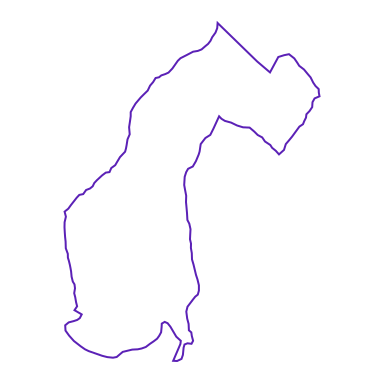 the district of Planaltina do Paraná, Paraná, Brazil
{"feature_id": "56859067B78623757786871", "entity_name": "Planaltina do Paraná", "entity_type": "district", "adm_level": 2, "iso_a3": "BRA", "parent_name": "Brazil", "parent_adm1": "Paraná", "projection": "albers", "projection_center": [-52.929, -23.09], "detail": "fine", "context": "isolated", "style": "outline", "palette": "violet", "viewbox_px": 384, "rotation_deg": 0, "n_neighbors": 0, "source": "geoboundaries", "source_scale": "gbopen_adm2", "svg_char_len": 2511}
<svg xmlns="http://www.w3.org/2000/svg" viewBox="0 0 384 384"><path d="M319.5,96.3L318.8,92.5L318.7,89.1L315.5,86.0L313.2,82.6L310.6,77.4L307.7,74.0L304.0,69.5L299.2,65.8L297.2,62.6L294.3,58.4L289.0,54.2L284.1,55.2L278.3,57.0L270.0,72.4L257.2,61.5L217.6,23.0L217.2,28.2L215.5,32.6L212.2,37.2L210.5,40.8L208.1,43.9L205.3,46.2L201.6,49.4L197.9,50.9L193.1,51.7L186.8,55.0L180.5,58.2L177.8,60.8L172.4,68.5L168.5,72.6L165.2,74.1L161.3,75.4L159.0,77.3L155.6,78.0L153.1,82.1L150.1,85.6L147.7,90.6L143.8,94.4L140.7,97.5L135.6,103.5L133.0,107.8L130.7,112.1L130.7,116.2L129.9,121.9L129.1,127.2L129.7,134.3L127.5,139.4L126.6,145.2L126.0,148.4L125.1,151.7L120.0,157.1L117.0,162.1L115.2,165.2L111.3,168.0L109.5,172.1L105.8,172.6L102.1,175.4L96.9,180.2L94.3,183.0L92.7,186.3L90.0,188.5L86.1,190.0L83.2,194.1L79.3,194.9L76.7,197.7L74.6,200.4L70.9,205.1L68.3,208.7L64.6,211.6L65.9,216.7L64.6,222.2L64.5,227.3L64.8,232.7L65.1,237.0L65.6,241.6L65.8,248.3L67.8,253.8L67.9,257.7L68.9,260.9L69.8,264.6L70.5,268.1L71.1,271.5L71.6,276.7L72.8,281.6L74.5,284.4L75.0,288.3L74.2,293.2L75.2,297.1L76.1,302.3L77.1,306.3L74.5,310.2L81.7,314.4L79.8,318.1L77.3,319.9L73.7,321.1L68.7,322.4L65.2,325.3L65.5,330.6L69.1,335.6L73.9,341.0L80.7,346.3L85.0,349.3L88.7,351.1L102.2,355.8L107.3,357.1L113.0,357.7L116.7,357.0L122.7,351.9L132.2,349.6L137.8,349.3L141.6,348.5L145.8,347.0L150.0,343.8L153.7,341.3L157.1,338.7L159.2,335.8L161.1,332.3L161.6,327.3L161.8,323.6L164.7,321.9L167.6,323.2L170.4,326.7L176.3,336.7L180.8,340.8L180.4,344.0L173.2,360.8L177.1,361.0L181.5,358.9L182.9,354.9L183.6,347.7L184.5,344.5L187.5,343.3L191.5,343.8L193.1,340.8L191.8,335.9L191.3,332.4L188.9,330.3L188.6,323.9L187.2,318.6L186.3,311.6L187.5,306.7L190.2,303.2L192.6,300.0L195.2,296.7L197.8,294.6L198.9,290.6L198.9,285.3L197.5,279.5L196.0,274.9L193.5,264.5L192.0,259.4L191.8,253.1L190.9,248.0L191.0,243.6L190.0,239.3L190.2,234.9L190.5,229.2L189.3,223.7L187.4,220.0L187.0,213.0L186.4,206.2L186.0,202.1L186.2,195.8L185.0,189.5L184.2,185.0L184.7,176.8L186.2,172.1L188.1,168.8L192.8,166.5L195.9,161.2L198.7,154.5L199.6,151.5L200.7,144.1L205.4,138.0L210.3,134.9L213.5,128.5L219.1,116.3L221.5,118.8L224.9,120.9L231.1,122.6L237.1,125.5L243.0,127.3L249.6,127.6L254.3,131.6L257.7,135.0L262.2,137.4L265.0,141.5L270.3,145.0L272.1,147.8L275.8,150.8L279.0,154.4L284.0,149.9L285.8,144.1L288.8,140.6L292.1,136.6L299.4,126.6L303.0,124.2L304.2,121.2L306.0,117.6L306.4,114.3L309.5,111.1L312.2,107.1L312.5,102.2L314.6,98.4L319.5,96.3Z" fill="none" stroke="#5b21b6" stroke-width="2"/></svg>